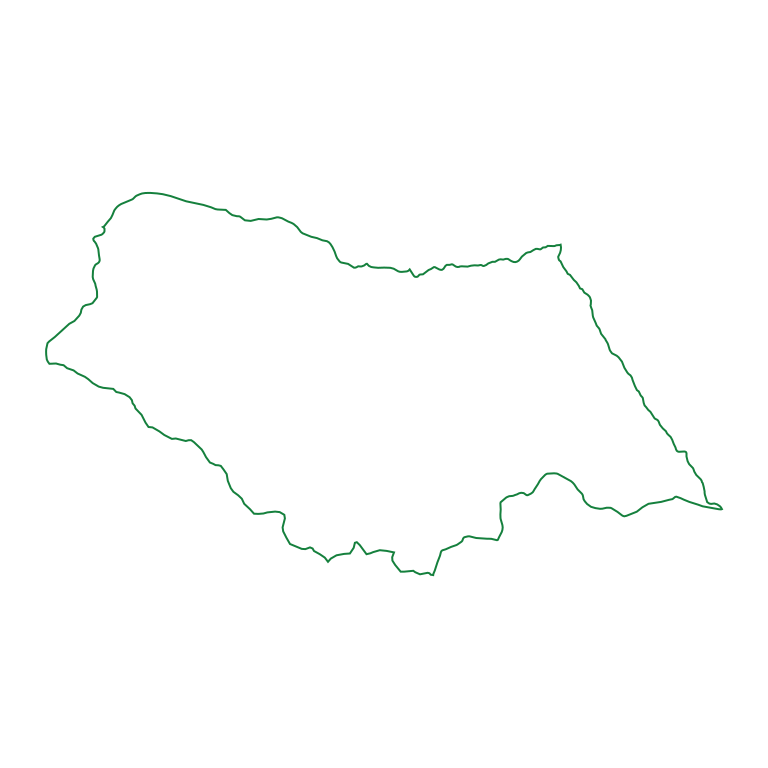 outline of Korphu, Tongsa, Bhutan
{"feature_id": "84629894B58410761625070", "entity_name": "Korphu", "entity_type": "district", "adm_level": 2, "iso_a3": "BTN", "parent_name": "Bhutan", "parent_adm1": "Tongsa", "projection": "robinson", "projection_center": [90.525, 27.213], "detail": "fine", "context": "isolated", "style": "outline", "palette": "green", "viewbox_px": 768, "rotation_deg": 0, "n_neighbors": 0, "source": "geoboundaries", "source_scale": "gbopen_adm2", "svg_char_len": 6072}
<svg xmlns="http://www.w3.org/2000/svg" viewBox="0 0 768 768"><path d="M47.8,361.6L49.4,363.8L56.0,363.5L60.3,364.7L63.6,365.2L67.1,368.2L73.6,370.4L77.6,373.5L84.9,376.8L88.3,379.2L92.7,383.1L98.7,386.6L103.1,387.8L113.3,388.9L116.3,392.0L118.8,392.5L124.6,394.1L129.6,397.2L131.9,400.2L132.6,403.3L134.6,405.7L135.5,408.5L141.6,414.9L145.5,422.6L148.5,427.0L152.5,427.4L159.4,431.4L164.3,435.0L171.9,438.9L175.8,438.5L185.8,441.0L188.7,440.2L191.2,440.2L193.9,442.1L201.7,449.5L203.3,452.0L206.0,457.1L209.9,462.5L213.1,463.8L215.5,465.1L218.5,465.3L220.8,465.9L223.4,469.3L226.7,474.1L227.8,480.8L230.8,488.2L233.4,491.8L238.2,495.3L241.8,498.7L244.2,503.8L250.0,509.2L254.0,513.7L258.4,513.9L263.4,513.5L267.4,512.4L275.1,511.6L279.7,512.1L284.3,514.8L284.9,518.4L282.6,527.4L283.2,531.4L286.4,537.7L290.0,544.0L301.8,548.9L305.4,549.1L310.0,547.4L312.6,548.5L314.0,551.0L319.8,554.2L324.8,557.6L328.0,561.8L330.8,558.6L336.5,555.3L344.1,553.9L349.9,553.5L353.7,547.8L354.9,542.8L356.8,542.2L359.8,545.1L366.5,554.2L370.3,553.3L373.2,552.1L379.8,550.2L386.6,550.9L394.0,552.4L392.2,557.2L392.4,560.6L395.2,565.0L400.7,571.7L403.8,571.7L413.3,570.8L415.2,572.2L420.0,574.3L427.7,572.8L429.5,573.3L430.7,574.7L433.2,575.1L433.4,573.8L434.8,570.5L437.4,562.4L440.0,555.7L440.9,552.1L441.5,551.0L442.4,550.3L445.7,549.3L451.1,546.9L456.6,545.0L457.6,544.4L461.5,541.7L462.3,540.8L463.1,538.6L463.8,537.6L464.8,537.1L468.2,536.3L469.4,536.3L476.2,538.0L486.6,538.7L491.2,538.8L497.0,540.2L497.9,539.8L498.9,537.5L501.7,532.1L502.4,529.9L502.7,527.4L502.4,525.1L500.7,519.2L500.5,518.1L500.4,514.4L500.7,509.6L500.4,503.5L500.6,502.3L506.0,497.7L507.0,497.1L509.2,496.2L512.6,495.9L513.7,495.6L514.8,495.1L517.0,494.4L519.1,493.3L520.2,493.0L521.3,492.8L523.7,493.1L526.5,495.1L527.7,495.2L530.8,493.7L532.7,492.3L533.4,491.3L534.6,489.2L537.9,484.2L539.6,481.1L541.0,479.1L545.1,474.9L546.1,474.2L547.2,473.7L554.1,473.3L556.4,473.5L557.6,473.8L570.9,481.1L572.7,482.6L574.3,484.4L577.6,489.4L581.8,493.6L582.5,494.6L582.9,495.7L583.6,499.3L584.8,501.3L587.1,504.0L591.0,506.8L595.4,508.1L600.0,508.8L602.3,508.7L606.9,507.7L610.4,507.8L611.5,508.2L617.5,511.9L622.2,515.5L623.2,516.0L624.3,516.3L626.5,515.8L636.8,511.7L642.4,507.3L648.5,503.8L661.1,501.9L669.1,499.8L672.5,499.1L675.2,496.9L676.4,496.7L680.7,498.2L683.9,499.7L689.3,501.9L698.2,504.7L702.6,506.3L718.6,509.2L721.0,509.4L721.9,509.1L721.1,507.6L720.0,506.3L717.2,504.4L714.3,503.5L711.2,503.9L709.4,503.6L707.2,502.1L704.9,494.8L704.6,492.9L704.6,491.4L703.7,486.9L702.7,483.1L702.0,482.2L701.6,480.7L700.7,479.3L696.3,475.0L694.3,471.6L693.5,469.2L692.9,468.0L689.2,464.2L688.4,462.7L687.6,461.1L686.5,456.5L686.5,453.3L686.1,452.2L685.3,451.7L684.3,451.5L678.9,451.8L677.8,451.5L676.8,450.8L676.0,449.3L675.5,447.5L673.7,443.8L672.2,439.8L670.6,436.9L668.2,434.7L667.0,433.4L665.9,431.2L662.8,428.4L659.9,424.8L658.7,421.7L658.0,420.5L657.0,419.7L655.0,418.7L654.4,418.1L650.4,411.8L648.2,409.9L646.1,407.1L644.6,405.5L643.7,402.9L642.8,398.0L642.3,397.2L640.7,395.5L638.8,391.5L636.9,390.1L634.9,386.0L632.6,380.1L631.9,377.6L630.5,375.4L628.4,373.8L627.3,372.5L624.4,367.8L622.0,361.7L618.6,357.3L616.7,355.7L612.0,353.3L610.4,351.1L609.7,349.8L608.0,344.2L607.3,342.7L605.7,340.1L605.4,339.2L601.1,333.8L599.6,329.4L599.2,328.6L596.7,325.6L595.7,323.0L593.2,317.4L592.8,315.7L592.2,310.2L591.3,308.0L590.5,305.5L590.8,304.3L591.0,300.6L590.1,297.8L589.5,296.6L587.6,294.7L584.3,292.6L582.3,289.2L580.0,288.4L578.9,286.0L576.4,282.3L573.8,279.9L570.0,274.9L567.7,273.8L566.5,271.4L563.3,267.1L560.6,261.4L559.2,260.3L558.8,259.5L558.3,257.7L558.2,256.8L560.1,252.8L560.8,250.1L561.0,247.4L560.6,244.7L559.8,245.0L556.4,245.3L554.7,246.0L553.9,246.1L547.8,245.9L545.6,247.3L543.0,247.5L540.9,249.1L540.1,249.4L537.5,248.9L535.8,248.9L533.4,250.1L530.4,252.0L527.9,252.4L526.2,253.0L521.9,256.6L519.8,259.4L518.6,260.7L517.1,261.6L515.5,262.1L513.7,262.0L512.1,261.4L510.5,260.6L508.3,259.1L507.5,258.9L505.7,258.9L503.2,259.6L500.6,259.3L498.9,259.6L495.0,261.8L492.4,261.8L488.3,263.4L486.2,265.0L483.8,266.0L482.9,265.9L481.4,265.1L480.5,265.0L478.0,265.5L474.5,265.3L471.0,265.7L467.6,266.6L461.6,266.3L459.8,266.5L459.1,266.9L457.3,267.0L455.7,266.5L452.7,264.5L451.9,264.3L449.4,264.9L446.8,264.9L445.5,265.8L443.5,268.8L442.0,269.8L441.1,269.9L439.4,269.5L434.8,267.1L433.9,267.1L431.0,269.0L428.6,270.0L423.0,274.3L420.4,274.5L419.5,274.7L417.7,276.6L416.8,276.9L415.1,276.8L414.3,276.3L413.7,275.6L409.7,269.4L408.5,270.7L406.9,271.4L401.7,271.9L399.9,271.8L398.2,271.3L393.7,268.7L390.3,267.8L384.2,267.6L378.1,267.8L373.8,267.4L371.2,267.0L368.8,265.8L367.0,263.8L366.2,263.9L364.1,265.5L361.7,266.4L360.8,266.5L358.2,266.3L356.4,267.3L355.1,267.7L354.0,267.7L348.1,263.9L341.2,262.5L340.2,262.0L339.4,261.2L337.2,258.4L336.2,256.2L334.6,251.6L332.5,247.2L330.6,244.2L329.0,242.4L327.0,241.2L322.4,240.3L317.0,238.1L311.3,236.8L302.6,233.3L300.8,231.9L297.2,227.1L293.6,224.0L291.6,222.9L288.3,221.6L282.1,218.3L280.4,217.8L278.1,217.3L277.0,217.3L271.3,218.8L266.7,219.5L258.6,219.0L250.7,220.9L244.9,220.3L240.2,216.7L239.1,216.3L236.8,216.2L232.3,215.1L229.4,213.1L225.8,209.9L217.7,209.5L215.4,209.1L211.1,207.3L203.3,204.9L186.2,201.3L170.7,196.1L162.8,194.2L157.0,193.4L150.0,192.9L145.4,193.0L142.0,193.5L139.7,194.3L136.5,195.7L135.5,196.4L133.0,198.9L132.0,199.5L121.2,204.0L119.2,205.2L117.3,206.7L115.7,208.5L114.3,210.4L112.5,214.9L110.9,218.1L107.8,221.7L104.1,226.4L102.9,227.0L103.9,227.7L104.5,228.7L104.5,231.2L104.1,232.3L102.5,234.0L101.5,234.7L94.8,236.8L93.3,238.6L93.4,239.8L93.9,240.9L94.7,241.7L96.1,243.7L98.0,248.2L98.3,249.3L99.0,255.4L99.6,259.0L99.7,260.2L99.4,261.4L98.8,262.4L97.9,263.2L95.9,264.4L95.1,265.2L93.5,268.5L93.0,270.9L92.7,277.0L93.2,279.3L95.2,283.7L95.6,285.8L96.7,289.7L97.0,291.7L97.1,297.0L96.8,297.7L92.5,303.2L90.0,304.2L85.7,305.1L83.1,306.6L81.4,309.6L80.8,312.8L79.3,315.6L74.4,321.0L69.3,323.8L54.7,337.1L49.1,341.5L47.5,343.2L46.2,349.2L46.1,351.6L46.2,354.8L46.8,359.5L47.8,361.6Z" fill="none" stroke="#15803d" stroke-width="2"/></svg>